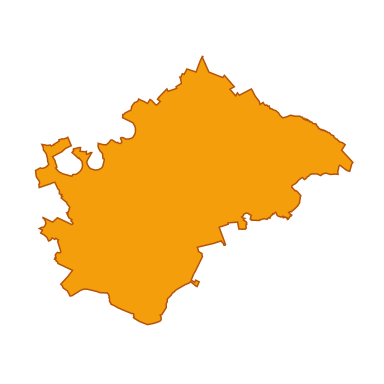 outline of Satulung, Maramures, Romania, rotated 5°
{"feature_id": "2599482B12544437302326", "entity_name": "Satulung", "entity_type": "district", "adm_level": 2, "iso_a3": "ROU", "parent_name": "Romania", "parent_adm1": "Maramures", "projection": "natural_earth1", "projection_center": [23.421, 47.561], "detail": "fine", "context": "isolated", "style": "filled", "palette": "amber", "viewbox_px": 384, "rotation_deg": 5, "n_neighbors": 0, "source": "geoboundaries", "source_scale": "gbopen_adm2", "svg_char_len": 5955}
<svg xmlns="http://www.w3.org/2000/svg" viewBox="0 0 384 384"><g transform="rotate(5 192 192)"><path d="M290.2,210.8L290.2,209.9L290.9,209.6L291.9,207.5L292.6,207.5L293.4,206.3L292.0,205.6L290.1,203.9L291.7,202.9L292.5,203.2L296.1,199.5L298.5,196.6L300.2,193.2L300.0,191.9L300.4,189.3L300.2,187.5L300.7,186.7L300.7,186.1L296.5,182.1L295.0,181.5L294.6,181.8L291.0,178.5L291.0,177.5L291.6,176.5L294.0,174.9L295.6,173.3L295.5,173.2L297.5,170.5L300.4,168.0L301.2,168.2L302.7,169.7L303.2,169.8L305.1,167.8L305.3,167.0L307.0,165.9L308.5,164.0L310.2,163.5L314.9,163.1L318.9,164.4L320.7,162.6L323.8,161.5L328.2,162.5L333.2,161.7L336.0,161.7L335.4,158.9L335.9,156.5L336.0,153.9L337.0,152.4L343.4,156.5L345.7,157.4L347.3,157.7L348.7,150.3L349.7,148.5L337.5,137.4L340.5,131.5L337.4,129.7L334.3,129.1L333.9,128.4L332.3,127.5L332.0,126.8L330.4,126.4L328.5,124.7L328.2,123.6L325.7,122.9L323.5,120.9L322.0,120.9L321.2,120.1L320.0,120.0L319.7,119.4L318.5,119.4L318.1,118.8L317.7,118.8L317.3,119.4L316.6,119.2L316.4,118.7L315.0,118.8L315.1,118.4L314.4,118.5L313.5,117.6L312.7,117.7L312.0,116.3L311.4,116.1L310.0,114.4L310.1,113.8L309.1,113.2L308.4,113.4L306.2,113.1L305.2,111.8L302.9,111.8L302.8,111.6L303.2,111.2L302.5,110.8L301.1,110.5L300.7,110.8L299.9,110.4L300.6,109.7L299.3,109.4L298.7,110.2L298.1,109.3L298.0,109.8L297.3,109.9L296.0,109.0L296.0,108.3L295.5,107.9L294.6,108.0L293.0,107.1L287.9,107.5L283.5,106.9L279.8,108.9L275.9,110.2L273.2,108.2L271.3,105.7L268.6,103.7L265.4,102.9L264.4,102.2L262.3,102.1L262.3,101.3L261.5,100.4L261.4,99.7L260.0,100.0L259.3,99.0L258.3,98.8L257.4,99.3L256.8,99.1L255.0,96.6L252.1,98.9L251.0,95.7L246.6,91.0L243.3,85.7L242.1,84.2L230.7,91.5L228.6,89.3L227.1,92.4L220.8,86.3L225.0,83.5L214.1,73.0L212.6,75.3L198.4,71.1L190.7,57.2L191.0,56.1L190.5,56.0L188.7,60.9L185.6,72.1L176.2,69.9L174.0,75.4L172.1,75.0L170.9,78.6L169.9,78.6L170.8,80.4L172.0,84.7L166.9,88.5L167.7,90.1L159.3,93.8L158.0,91.5L150.5,100.8L150.7,101.0L149.5,102.6L152.5,104.6L149.4,108.4L148.4,108.4L144.4,104.8L142.2,103.4L139.9,107.7L136.5,106.1L131.6,104.5L130.9,104.0L129.8,106.6L126.9,108.0L125.6,110.0L124.2,112.7L124.5,113.3L123.9,116.1L122.7,116.4L118.5,119.1L117.0,120.9L116.3,120.9L116.5,123.4L116.3,124.0L126.9,128.1L127.6,128.9L129.5,131.7L130.2,134.2L130.4,137.2L130.2,138.8L128.6,142.4L127.3,143.5L125.0,144.6L121.4,145.1L118.9,143.9L117.2,143.8L116.4,144.1L116.1,144.9L117.4,147.1L117.6,148.6L117.5,149.1L116.2,150.0L115.2,150.0L113.6,149.1L112.3,149.4L108.1,147.2L106.7,147.2L104.9,150.0L102.5,152.4L99.6,152.6L94.3,151.7L94.6,152.8L94.3,153.2L94.4,154.3L94.9,156.1L96.8,159.1L99.5,161.5L100.4,166.5L101.5,166.5L101.7,167.1L101.7,168.7L100.9,173.8L100.3,175.3L99.0,176.7L96.5,178.0L93.8,178.6L89.5,177.8L87.6,176.7L85.3,173.6L84.6,171.6L84.7,170.4L85.4,168.5L88.7,161.5L87.6,161.5L84.9,163.2L83.5,163.6L83.3,160.7L82.2,161.2L76.9,161.2L77.1,157.4L76.0,157.5L70.2,159.4L70.0,160.3L70.6,161.1L69.0,163.0L75.9,168.3L76.3,167.9L79.6,171.0L80.5,174.1L80.6,176.8L80.1,178.8L78.6,181.3L76.2,183.6L74.9,184.5L71.7,185.0L70.9,186.8L61.5,185.1L57.4,183.3L54.3,180.3L54.1,179.9L55.2,179.2L54.8,177.6L53.2,174.3L52.7,172.5L50.0,169.0L58.9,163.2L62.2,159.6L67.7,156.4L63.5,148.3L61.9,149.4L59.5,150.3L57.6,150.5L54.8,151.7L55.2,153.0L50.2,156.6L50.5,156.9L47.7,158.5L46.7,157.5L44.2,158.2L38.3,157.7L39.8,160.3L40.3,163.0L43.1,166.1L43.7,167.2L45.0,170.9L45.6,174.3L46.9,176.9L45.3,179.1L43.1,180.7L40.9,181.5L39.5,181.5L38.8,181.2L34.3,184.2L35.4,189.8L36.3,191.4L38.8,194.4L39.5,196.2L38.8,197.8L39.4,200.9L50.9,195.9L51.7,195.2L54.6,194.3L58.2,200.7L59.7,201.9L60.0,205.3L62.6,206.0L61.9,207.1L63.3,207.9L62.6,208.3L62.2,209.4L68.2,213.4L68.5,214.6L71.6,217.9L71.6,218.5L71.1,219.1L70.9,221.7L70.1,222.9L69.2,223.5L70.1,223.9L69.4,224.7L70.4,225.2L70.3,226.4L71.2,227.5L71.4,228.3L74.8,230.1L73.9,231.3L76.1,233.2L75.9,234.4L75.1,234.9L60.2,229.4L55.8,234.2L45.8,230.4L45.7,230.8L47.2,231.8L48.3,233.5L49.2,236.3L48.4,238.5L47.1,240.1L45.5,240.2L43.1,241.7L46.4,242.9L44.8,246.1L48.1,247.5L51.4,249.8L53.4,253.3L55.2,252.5L56.7,250.0L59.5,251.2L60.3,250.0L63.2,251.5L62.4,252.7L66.5,262.8L66.4,263.7L64.5,264.3L63.4,263.8L62.2,265.0L61.4,266.5L61.3,267.0L61.8,267.6L61.8,268.4L61.3,269.3L62.1,269.2L62.3,269.6L61.9,270.5L61.1,271.0L62.6,271.9L62.8,272.7L64.1,273.2L64.7,274.9L79.8,280.5L75.7,287.0L69.3,295.3L70.8,296.5L72.1,298.9L76.3,301.2L78.7,304.7L79.2,306.1L79.9,306.2L81.5,305.8L89.8,299.5L93.0,298.1L96.5,298.0L105.8,299.4L109.1,300.3L116.5,300.0L117.8,301.5L118.7,303.2L118.4,304.3L119.0,304.7L119.4,308.2L120.8,309.6L120.6,310.1L121.3,311.0L123.6,311.6L128.6,313.9L134.0,315.7L142.7,318.4L144.0,318.2L144.5,318.5L144.7,319.6L144.5,320.2L145.4,321.6L144.7,322.2L145.7,323.0L151.1,325.6L159.2,328.0L165.4,326.2L170.2,324.1L171.7,323.1L172.3,322.1L172.4,321.1L172.0,319.1L171.0,317.5L172.7,316.7L176.4,309.5L176.1,305.5L176.9,303.4L176.8,300.6L180.1,296.8L181.3,294.4L181.9,293.8L182.4,293.7L184.7,290.9L193.2,284.9L197.3,282.8L198.5,281.5L204.0,285.3L205.3,285.8L207.0,280.9L203.3,279.5L202.6,281.7L198.9,279.8L200.9,273.3L202.2,270.7L208.1,255.3L207.6,254.5L207.3,252.5L203.5,250.6L203.5,249.5L202.1,246.6L217.8,241.4L225.4,238.2L226.0,239.2L227.7,240.5L228.2,242.0L228.9,242.3L229.6,242.1L230.0,241.5L222.1,224.7L230.9,221.0L230.5,219.7L240.0,218.0L242.0,224.9L248.4,224.4L249.2,223.1L248.6,220.5L249.4,219.3L248.8,218.9L249.3,218.0L248.3,216.6L245.8,215.7L245.8,214.7L246.9,213.7L245.0,213.5L243.7,212.6L245.2,211.2L245.5,210.4L245.3,210.0L245.8,209.3L248.3,208.2L250.3,208.5L250.7,209.1L253.1,210.1L252.3,213.8L253.2,214.0L253.5,214.9L261.5,214.5L261.8,214.4L261.8,214.0L266.1,212.3L269.3,212.7L270.5,210.8L271.9,211.3L272.3,209.5L273.8,208.0L274.2,206.6L275.3,206.9L276.1,205.7L277.1,204.9L277.9,205.8L278.3,207.2L279.9,208.5L282.6,209.2L284.3,208.8L284.3,208.4L284.8,208.2L285.3,209.0L285.2,209.6L285.9,209.6L286.5,208.8L287.8,209.1L288.3,209.6L289.1,209.4L289.4,211.1L290.2,210.8Z" fill="#f59e0b" stroke="#b45309" stroke-width="1.5"/></g></svg>